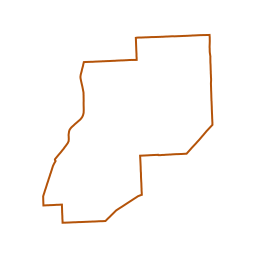 the district of Glen Eira, Victoria, Australia, rotated 259°
{"feature_id": "25037944B56718384218889", "entity_name": "Glen Eira", "entity_type": "district", "adm_level": 2, "iso_a3": "AUS", "parent_name": "Australia", "parent_adm1": "Victoria", "projection": "mercator", "projection_center": [145.042, -37.899], "detail": "fine", "context": "isolated", "style": "outline", "palette": "amber", "viewbox_px": 256, "rotation_deg": 259, "n_neighbors": 0, "source": "geoboundaries", "source_scale": "gbopen_adm2", "svg_char_len": 5200}
<svg xmlns="http://www.w3.org/2000/svg" viewBox="0 0 256 256"><g transform="rotate(259 128 128)"><path d="M115.0,211.5L116.3,211.7L117.2,211.9L118.9,212.1L120.0,212.3L120.9,212.4L124.0,212.9L125.3,213.1L126.1,213.2L128.7,213.6L131.9,214.1L132.3,214.2L133.0,214.3L135.0,214.6L136.3,214.8L138.2,215.1L139.4,215.2L140.3,215.4L142.4,215.7L144.1,216.0L144.7,216.1L145.9,216.3L148.5,216.7L149.3,216.8L150.3,217.0L155.3,217.8L155.9,217.9L157.9,218.4L159.1,218.7L160.8,219.0L161.1,219.0L163.1,219.3L164.2,219.5L165.9,219.7L168.0,220.1L168.9,220.2L174.3,221.1L175.2,221.2L176.7,221.4L178.9,221.8L181.6,222.3L182.3,222.5L184.5,222.6L186.6,222.7L187.2,222.8L187.4,222.8L190.8,223.4L191.8,223.5L195.2,224.3L197.9,224.9L198.0,224.9L201.3,225.5L203.8,225.8L203.9,225.1L204.2,223.5L204.3,223.0L204.4,222.0L204.5,221.7L205.4,216.4L206.2,210.8L206.3,210.2L206.5,209.2L206.6,207.9L206.7,207.2L207.0,205.2L207.1,204.4L207.3,203.2L207.5,201.6L207.6,201.2L207.9,199.2L208.2,197.1L208.5,195.2L208.8,193.2L209.1,191.2L209.6,189.1L210.1,185.3L210.6,182.2L210.7,181.3L210.8,180.7L210.9,179.5L211.1,178.9L211.3,177.1L211.7,174.7L212.1,172.1L212.5,170.0L212.9,167.5L213.0,166.6L213.5,163.3L213.6,162.8L213.7,162.2L214.0,160.1L214.1,159.4L214.4,157.7L214.8,155.4L214.9,154.8L215.0,153.8L215.0,152.9L209.2,152.0L208.0,151.8L206.0,151.5L204.1,151.2L202.9,151.0L201.4,150.8L200.8,150.7L199.3,150.5L198.7,150.4L197.2,150.1L196.5,150.0L195.4,149.9L193.2,149.5L193.9,145.5L194.1,144.7L194.4,142.7L194.5,142.1L194.9,139.0L195.0,138.5L195.1,137.5L195.4,135.6L195.4,135.4L195.6,134.6L195.8,133.2L195.9,132.3L196.1,131.1L196.4,129.0L196.4,128.5L196.9,125.4L197.4,121.7L197.5,121.3L197.8,119.2L197.9,118.7L198.1,117.0L198.4,115.5L198.4,115.1L198.6,113.8L198.7,113.2L199.0,111.2L199.2,109.9L199.4,108.6L199.7,106.2L200.1,103.9L200.5,101.4L200.8,99.5L200.8,99.3L200.9,99.1L201.1,97.2L199.9,96.7L198.9,96.2L197.6,95.7L196.6,95.2L194.4,94.1L193.0,93.5L192.3,93.2L190.7,92.4L189.2,91.7L188.9,91.6L188.6,91.5L188.3,91.4L188.0,91.3L187.7,91.2L187.4,91.1L187.0,91.0L186.5,91.0L186.0,90.9L185.1,90.9L184.1,90.9L183.3,90.9L180.0,91.0L177.3,91.1L176.2,91.1L175.1,91.1L174.4,91.1L172.8,91.1L172.3,91.1L171.9,91.1L171.4,91.1L171.0,91.0L170.6,91.0L169.8,90.8L168.3,90.6L167.3,90.4L166.3,90.2L166.1,90.2L164.0,89.8L163.9,89.8L162.8,89.6L161.6,89.3L158.9,88.8L156.5,88.4L154.2,88.0L153.0,87.7L152.5,87.6L151.9,87.5L151.4,87.3L151.0,87.2L150.6,87.0L150.3,86.8L149.7,86.6L149.4,86.4L149.0,86.2L148.6,85.9L148.3,85.7L148.0,85.5L147.5,85.1L147.2,84.8L146.9,84.5L146.7,84.3L146.5,84.0L146.3,83.8L146.0,83.5L145.8,83.2L145.4,82.7L145.0,82.0L144.1,80.4L143.5,79.4L141.8,76.4L141.2,75.5L140.8,74.9L140.2,73.8L139.6,72.9L139.4,72.5L139.1,72.2L138.9,71.9L138.6,71.6L138.2,71.2L137.8,70.7L137.3,70.3L136.8,70.0L135.9,69.5L133.0,68.5L132.3,68.3L131.1,68.2L130.3,68.0L129.8,68.0L129.3,67.9L128.8,67.8L128.6,67.8L126.8,67.3L126.4,67.2L124.6,65.9L124.3,65.6L123.4,64.6L122.8,64.0L122.6,63.8L120.8,61.7L120.7,61.7L119.5,60.4L119.0,59.7L118.2,58.8L117.0,57.4L116.2,56.4L115.2,55.1L112.8,52.2L111.5,50.6L111.4,50.5L111.2,50.4L110.9,50.2L110.6,50.2L110.4,50.2L110.2,50.3L109.8,50.5L109.7,50.5L109.4,50.6L109.2,50.5L109.1,50.4L107.9,49.3L107.8,49.2L106.8,48.4L105.6,47.5L105.2,47.2L104.9,47.0L103.4,46.2L103.1,46.0L102.1,45.5L101.8,45.3L100.8,44.8L100.0,44.3L98.6,43.6L97.9,43.1L96.9,42.6L94.9,41.5L93.0,40.4L91.3,39.5L91.1,39.4L88.0,37.6L87.7,37.5L85.7,36.4L84.4,35.7L82.9,34.8L80.8,33.7L78.5,32.4L77.3,31.8L77.2,31.7L74.2,31.2L73.8,31.1L72.4,30.9L70.6,30.6L68.1,30.2L67.9,31.5L67.8,32.2L67.7,33.0L67.6,33.8L67.5,34.5L67.4,34.8L67.3,35.5L67.2,36.1L67.2,36.7L67.1,36.9L66.8,38.9L66.6,40.2L66.5,41.0L66.3,42.6L66.3,42.8L66.0,44.5L65.7,46.4L65.7,46.6L65.6,47.3L65.4,48.5L62.3,48.0L61.0,47.8L58.6,47.4L57.5,47.2L56.5,47.1L55.4,46.9L54.4,46.8L52.7,46.5L51.0,46.2L50.8,46.2L50.5,46.2L47.5,45.7L47.2,47.5L46.9,49.3L46.9,49.5L46.6,51.2L46.5,51.8L46.3,53.3L45.7,57.4L45.4,59.1L45.1,61.4L44.7,63.6L44.5,64.9L44.4,65.7L44.2,67.0L44.1,67.5L43.9,69.2L43.8,69.5L43.5,71.7L43.3,72.7L43.2,73.5L43.0,74.8L43.0,75.2L42.7,76.6L42.3,79.4L42.2,80.0L42.2,80.3L41.8,83.0L41.6,83.9L41.5,84.7L41.4,85.2L41.0,88.1L41.5,88.9L41.8,89.3L43.1,91.2L44.4,93.3L45.6,95.0L46.1,95.8L47.7,98.2L49.2,100.4L49.4,100.8L49.5,101.0L50.8,104.2L51.2,105.2L51.8,106.8L54.1,112.4L54.5,113.4L55.8,116.6L56.1,117.4L56.4,118.1L56.7,118.8L58.5,123.3L59.1,124.7L59.3,125.8L59.4,126.2L59.8,128.6L59.8,128.8L61.7,129.1L62.4,129.2L64.1,129.4L66.2,129.8L66.5,129.8L69.0,130.2L71.4,130.6L73.1,130.8L74.4,131.0L74.5,131.0L78.0,131.5L78.5,131.6L80.7,132.0L82.0,132.2L82.4,132.2L85.1,132.6L87.3,133.0L89.4,133.3L90.0,133.4L92.1,133.7L93.5,133.9L98.5,134.6L97.9,138.6L97.7,140.0L97.6,140.8L97.5,141.3L97.4,142.1L97.1,144.4L97.1,144.5L96.8,146.5L96.5,148.6L96.2,150.5L96.0,151.9L96.0,152.1L95.9,152.1L95.7,152.3L95.6,152.5L95.2,154.4L95.1,155.3L95.1,155.8L94.9,157.1L94.7,158.2L94.5,160.3L94.2,162.2L94.0,164.0L93.9,164.2L93.7,165.9L93.7,166.2L93.1,170.6L92.9,171.5L92.6,173.6L92.3,175.4L91.7,179.9L91.6,180.6L95.4,185.6L95.8,186.1L96.2,186.6L100.1,192.0L100.9,193.0L102.8,195.6L106.1,199.7L106.6,200.4L108.0,202.1L109.1,203.5L109.8,204.3L110.5,205.3L111.6,206.8L115.0,211.5Z" fill="none" stroke="#b45309" stroke-width="2"/></g></svg>